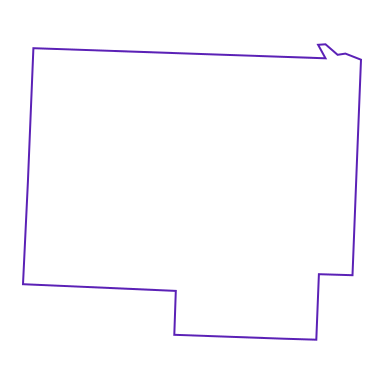 the district of St. Clair, Missouri, United States of America
{"feature_id": "52423323B7145650265545", "entity_name": "St. Clair", "entity_type": "district", "adm_level": 2, "iso_a3": "USA", "parent_name": "United States of America", "parent_adm1": "Missouri", "projection": "orthographic", "projection_center": [-93.674, 38.024], "detail": "fine", "context": "isolated", "style": "outline", "palette": "violet", "viewbox_px": 384, "rotation_deg": 0, "n_neighbors": 0, "source": "geoboundaries", "source_scale": "gbopen_adm2", "svg_char_len": 321}
<svg xmlns="http://www.w3.org/2000/svg" viewBox="0 0 384 384"><path d="M283.4,338.7L316.3,339.7L318.9,274.2L352.5,275.2L357.2,154.8L361.0,59.7L345.4,53.6L337.6,54.8L325.5,44.3L318.1,44.8L325.5,58.3L33.4,48.2L27.9,181.9L23.0,284.2L175.8,290.9L174.3,334.8L283.4,338.7Z" fill="none" stroke="#5b21b6" stroke-width="2"/></svg>